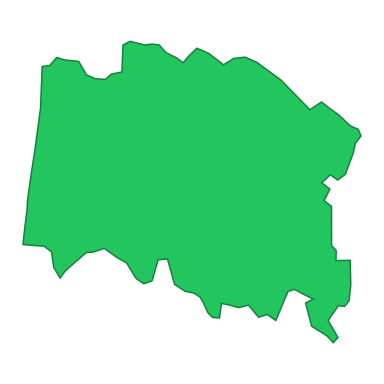 Pato Bragado, Paraná, Brazil
{"feature_id": "56859067B45682714407991", "entity_name": "Pato Bragado", "entity_type": "district", "adm_level": 2, "iso_a3": "BRA", "parent_name": "Brazil", "parent_adm1": "Paraná", "projection": "natural_earth1", "projection_center": [-54.242, -24.639], "detail": "fine", "context": "isolated", "style": "filled", "palette": "green", "viewbox_px": 384, "rotation_deg": 0, "n_neighbors": 0, "source": "geoboundaries", "source_scale": "gbopen_adm2", "svg_char_len": 1304}
<svg xmlns="http://www.w3.org/2000/svg" viewBox="0 0 384 384"><path d="M344.8,306.3L349.1,300.6L350.8,284.9L350.2,260.3L336.0,260.6L336.2,250.5L331.6,245.6L331.5,206.3L324.1,200.7L329.9,189.0L321.8,182.9L330.2,174.8L337.7,180.0L345.4,174.3L353.5,152.3L355.2,143.6L361.0,136.0L358.3,129.4L350.2,125.8L339.3,115.4L328.6,107.6L321.5,102.0L309.9,109.7L280.9,80.0L270.7,72.5L256.6,62.2L245.2,57.2L234.0,58.3L223.5,64.8L208.8,53.4L196.8,48.2L189.0,55.8L183.0,62.7L177.3,58.3L166.1,52.6L159.0,44.9L152.1,44.1L144.8,45.0L130.0,41.3L123.0,45.0L121.9,72.0L111.4,74.1L105.4,79.4L94.8,78.6L86.4,74.8L78.7,61.4L64.6,59.9L56.8,57.5L49.6,65.5L42.2,66.5L41.8,76.6L40.5,108.4L34.9,150.1L31.8,169.9L27.5,200.4L27.1,209.2L24.7,228.3L23.0,244.5L34.9,245.6L44.0,246.1L51.5,251.8L53.8,267.5L60.1,278.1L65.5,270.7L74.7,262.6L86.4,252.5L92.6,252.2L104.3,248.4L116.8,257.4L126.7,263.1L136.0,278.4L143.9,283.8L152.1,280.8L158.1,259.8L167.5,259.0L174.6,284.4L185.1,291.3L193.8,293.1L200.0,297.0L203.6,303.2L207.7,312.5L212.4,317.4L219.5,318.0L221.5,303.5L228.0,304.7L238.7,307.6L248.6,305.2L258.6,317.2L267.2,314.5L275.8,320.5L288.1,291.3L294.5,289.4L302.8,293.9L313.1,299.1L305.6,303.0L311.6,326.2L327.1,336.0L333.3,342.7L338.0,337.5L328.2,320.5L338.3,305.8L344.8,306.3Z" fill="#22c55e" stroke="#15803d" stroke-width="1.5"/></svg>